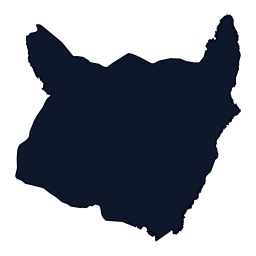 Pla Pak, Nakhon Phanom, Thailand (Robinson projection)
{"feature_id": "78962969B9845696572141", "entity_name": "Pla Pak", "entity_type": "district", "adm_level": 2, "iso_a3": "THA", "parent_name": "Thailand", "parent_adm1": "Nakhon Phanom", "projection": "robinson", "projection_center": [104.578, 17.203], "detail": "fine", "context": "isolated", "style": "filled", "palette": "ink", "viewbox_px": 256, "rotation_deg": 0, "n_neighbors": 0, "source": "geoboundaries", "source_scale": "gbopen_adm2", "svg_char_len": 5789}
<svg xmlns="http://www.w3.org/2000/svg" viewBox="0 0 256 256"><path d="M28.8,61.0L30.8,63.3L31.0,65.5L32.2,66.2L33.8,69.1L33.9,70.0L34.6,70.0L34.2,70.9L35.0,71.5L35.1,72.5L35.7,72.6L35.5,73.8L36.1,73.9L35.9,74.4L36.7,76.5L37.5,76.0L37.9,77.0L38.1,76.1L39.8,76.8L40.4,76.5L40.2,77.7L40.7,77.7L40.3,78.2L40.9,80.0L41.5,79.8L42.5,81.4L43.3,81.7L43.2,82.4L44.2,82.6L43.6,87.9L42.9,88.5L43.4,88.6L43.1,89.4L44.8,89.6L45.3,91.1L47.2,92.3L47.3,93.6L48.4,93.2L48.7,94.0L49.6,93.8L51.2,95.1L51.3,95.9L48.2,98.4L46.6,100.5L43.3,107.5L37.3,116.1L34.5,121.4L30.3,131.7L29.8,136.3L28.5,138.6L26.2,141.0L20.4,144.9L18.9,147.2L18.0,150.1L17.4,158.0L17.7,168.1L15.9,175.9L16.9,178.0L22.5,180.4L25.4,183.0L43.4,187.4L51.3,193.4L56.1,196.4L62.5,201.7L67.4,203.4L70.9,205.8L80.5,207.4L81.4,207.0L86.3,207.4L89.8,205.0L91.5,205.6L92.0,204.9L92.6,205.3L94.8,203.8L99.2,204.8L100.8,206.9L102.1,214.6L103.4,217.1L106.0,220.0L122.5,221.2L135.6,226.5L136.6,225.0L137.7,225.9L138.0,227.6L140.0,228.0L140.2,228.7L141.4,228.2L141.1,227.5L143.1,226.2L142.6,225.7L143.5,225.1L143.6,225.7L144.5,225.6L145.0,226.3L147.1,227.2L147.0,227.8L147.9,228.9L147.8,230.0L149.1,229.8L149.0,230.8L148.3,231.0L148.5,231.6L147.8,231.7L148.4,232.1L148.7,233.3L149.6,232.6L149.2,233.7L149.8,234.4L151.4,235.2L152.5,235.1L152.2,235.9L152.5,236.1L153.5,235.5L153.0,234.5L154.4,234.9L154.0,233.4L155.9,233.7L156.4,234.4L155.3,235.6L156.1,236.8L155.7,237.6L156.9,238.3L155.7,239.4L156.1,240.6L170.0,230.8L171.2,229.1L173.4,230.7L173.5,233.4L174.8,233.5L175.4,232.4L176.0,232.6L175.8,233.0L176.2,233.7L177.4,232.0L177.8,232.3L178.1,230.4L178.5,230.9L178.8,230.1L180.2,230.4L179.3,228.8L180.8,229.6L181.0,229.0L181.2,229.4L181.9,228.8L181.8,227.8L182.4,227.3L181.7,226.8L182.3,226.5L181.8,226.1L182.4,225.2L181.9,224.6L182.8,224.3L182.3,223.4L182.8,223.0L182.1,222.4L182.7,222.1L182.0,221.5L182.9,221.1L182.4,220.7L182.9,220.6L183.0,219.6L182.4,218.5L184.4,217.4L183.6,216.4L183.0,216.4L183.2,215.6L182.3,215.8L182.9,215.1L182.8,213.8L183.5,214.1L183.5,213.4L184.2,213.6L184.3,213.1L185.1,213.0L185.1,212.2L184.3,212.2L184.2,211.7L186.1,211.0L185.3,209.7L185.7,208.8L186.6,209.1L186.3,208.2L187.6,208.9L188.0,207.6L188.8,207.5L188.7,208.4L189.4,208.2L189.4,206.9L190.9,207.8L191.2,207.0L190.5,206.5L191.4,205.2L190.9,204.3L192.4,204.8L192.1,204.5L193.2,203.2L193.4,201.7L192.6,201.5L193.9,199.5L193.8,199.0L194.8,199.4L196.0,198.5L196.4,198.8L196.5,197.7L196.8,198.3L197.9,197.5L197.5,196.5L197.8,196.2L197.2,195.7L197.9,195.4L197.8,194.3L198.4,193.9L197.8,192.6L198.9,192.5L199.4,191.4L200.0,191.7L199.9,190.9L200.5,190.9L201.0,188.3L202.2,187.2L202.5,185.6L203.7,184.7L204.1,183.3L204.5,183.3L205.0,180.9L204.8,178.4L205.3,177.0L206.2,175.3L209.9,171.7L211.0,169.8L214.7,159.3L216.4,158.2L217.4,156.6L217.7,153.4L217.1,152.8L216.5,149.1L215.1,145.8L216.2,143.2L215.6,141.0L216.3,140.6L216.1,139.6L217.3,138.5L216.8,137.7L217.4,136.7L218.0,137.6L218.7,135.8L219.3,136.0L220.4,132.8L221.4,132.5L221.0,131.7L222.0,131.4L221.8,130.2L222.8,129.8L222.9,128.0L224.0,127.7L223.8,127.0L224.4,127.0L224.7,126.4L224.8,127.2L225.2,126.3L225.5,126.9L226.0,126.7L226.0,126.1L225.4,125.6L225.6,124.2L226.8,124.2L227.0,123.7L228.0,124.2L227.7,123.3L229.4,121.6L229.1,120.5L230.1,121.3L230.5,120.5L230.8,121.0L230.4,121.3L231.1,121.0L231.3,119.2L232.1,119.4L231.3,118.8L231.4,118.2L232.7,118.1L232.6,117.2L233.2,116.6L232.8,116.1L233.9,116.0L234.2,114.6L235.3,114.5L235.9,115.1L237.1,113.9L237.3,114.8L237.7,112.7L238.5,112.8L240.1,111.0L239.8,109.7L238.8,109.7L238.2,108.0L236.9,107.6L237.2,106.8L236.6,106.5L235.9,104.4L233.9,105.3L233.5,104.3L232.7,104.1L233.2,103.2L232.6,103.3L232.9,102.8L232.2,102.2L232.6,100.8L231.9,101.0L232.1,100.6L231.6,100.4L232.0,99.5L231.3,99.6L231.2,98.5L230.6,98.4L231.0,97.7L230.7,96.9L230.3,97.0L230.5,95.7L229.5,93.8L230.0,93.3L229.8,92.5L231.1,90.0L230.8,89.6L231.4,88.1L232.7,86.3L234.1,86.4L234.1,85.3L234.8,84.9L235.4,83.5L235.0,83.2L235.3,82.8L235.2,77.8L238.4,68.4L237.7,66.3L238.5,65.3L238.3,62.1L240.1,55.1L239.1,51.9L238.2,50.5L239.0,48.8L238.5,47.0L238.8,46.1L237.5,45.3L237.4,43.9L237.8,43.8L236.2,42.1L236.7,41.7L236.4,41.3L237.3,40.6L237.0,40.2L237.6,39.8L237.1,39.2L237.7,38.9L237.6,38.3L237.0,38.0L238.0,36.4L237.3,36.2L237.6,35.2L236.4,34.3L236.9,32.9L236.2,32.3L236.2,31.0L235.3,30.7L234.4,27.9L232.7,27.3L233.0,26.5L233.6,26.8L233.1,24.7L232.5,24.0L232.9,23.5L232.8,22.8L232.4,23.0L233.1,21.5L232.8,19.4L231.4,16.8L229.5,15.4L228.7,16.1L228.3,15.8L227.6,16.2L227.1,15.4L226.8,16.3L225.4,16.3L225.1,17.4L224.6,16.7L222.6,18.6L222.9,19.4L221.8,19.3L221.4,20.1L220.4,20.4L220.4,20.8L221.4,20.8L220.8,21.4L221.2,22.5L222.1,21.9L222.7,22.3L221.8,23.3L220.9,22.9L220.1,23.3L219.8,24.6L219.1,25.0L219.7,25.9L218.5,25.9L218.3,26.7L217.7,26.8L218.2,28.0L217.4,28.8L218.5,29.0L218.5,29.6L218.9,29.7L218.2,30.8L217.1,30.4L218.1,31.5L217.1,31.5L216.7,32.7L215.9,32.2L216.0,33.3L216.9,33.6L216.5,33.7L216.7,34.6L216.0,34.5L215.5,35.0L216.7,35.3L216.8,35.9L215.3,36.5L216.9,37.8L216.3,39.7L214.9,41.0L213.5,39.7L213.0,39.9L212.9,39.1L212.0,40.2L212.2,41.0L210.1,39.9L209.9,40.7L209.3,40.4L208.8,40.8L209.3,41.6L208.6,42.9L207.3,43.4L207.5,44.5L206.9,45.0L207.3,45.8L206.2,46.1L207.9,48.8L207.8,50.4L205.9,51.1L204.4,56.9L199.6,63.1L194.5,63.2L185.7,61.7L180.2,59.3L170.6,58.9L159.3,61.3L154.3,63.9L151.5,64.1L139.1,57.5L132.3,54.6L129.0,53.8L127.4,54.4L112.5,63.8L107.7,67.5L105.1,67.7L102.3,66.7L98.8,64.5L89.8,62.8L88.3,61.0L83.0,57.6L77.6,56.8L73.0,56.8L61.4,42.6L40.9,25.7L38.8,24.9L36.7,25.2L38.1,28.6L38.1,30.7L35.8,32.6L30.7,33.5L28.5,36.1L26.9,36.4L26.7,40.7L27.2,41.6L26.7,44.0L27.8,46.1L27.7,47.7L28.7,48.7L28.3,49.2L28.9,49.8L28.6,50.6L29.3,52.3L28.6,52.5L28.5,53.2L29.3,55.3L28.9,56.6L29.4,56.8L28.8,57.1L28.9,58.2L28.5,58.4L29.3,60.0L28.8,61.0Z" fill="#0f172a" stroke="#020617" stroke-width="1.5"/></svg>